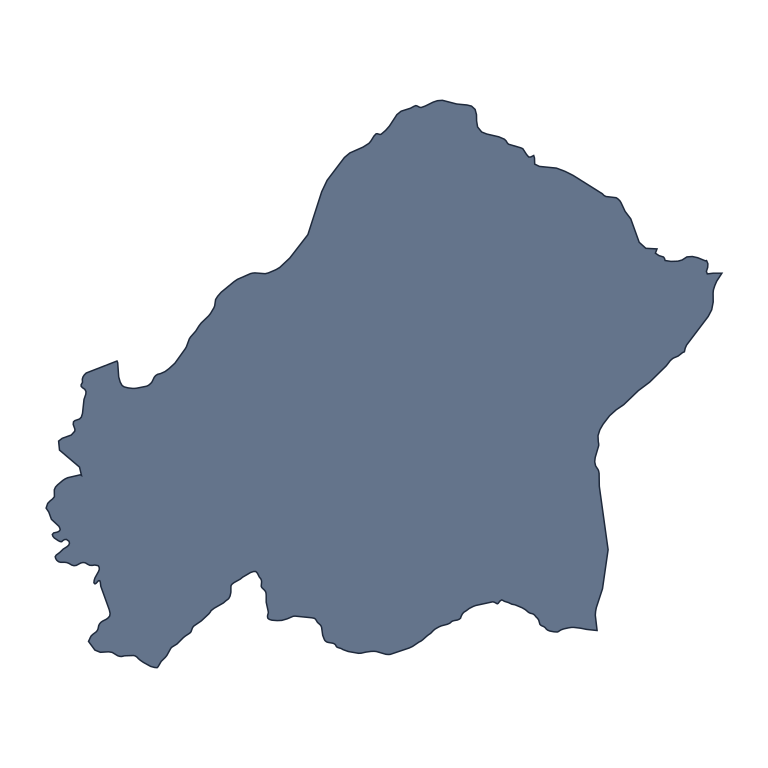 SVG path tracing the border of Plateaux
{"feature_id": "COG-3346", "entity_name": "Plateaux", "entity_type": "Region", "adm_level": 1, "iso_a3": "COG", "parent_name": "Republic of the Congo", "parent_adm1": "", "projection": "mercator", "projection_center": [15.163, -2.009], "detail": "fine", "context": "isolated", "style": "filled", "palette": "slate", "viewbox_px": 768, "rotation_deg": 0, "n_neighbors": 0, "source": "natural_earth", "source_scale": "10m", "svg_char_len": 5812}
<svg xmlns="http://www.w3.org/2000/svg" viewBox="0 0 768 768"><path d="M721.9,273.2L716.7,281.2L714.8,285.6L713.4,290.0L713.1,293.0L713.2,302.0L711.7,309.8L708.2,316.5L687.3,344.1L686.6,345.0L685.2,348.2L684.4,351.8L682.7,352.5L678.1,356.1L674.0,357.8L672.7,358.5L670.3,360.6L666.3,365.8L649.6,382.2L638.4,390.6L623.7,404.7L616.2,409.8L609.6,415.7L603.1,424.2L599.9,429.7L598.0,435.7L598.3,441.8L598.7,443.9L598.7,445.6L595.2,457.5L594.7,461.8L595.6,465.9L598.0,469.5L598.6,470.9L599.1,473.4L599.3,486.2L608.1,549.7L602.5,588.8L596.3,607.7L595.6,611.4L595.3,615.2L597.1,630.5L596.9,630.5L586.6,629.4L580.6,628.2L573.9,627.4L571.6,627.4L568.7,627.8L563.7,628.9L561.2,629.8L559.6,630.7L558.7,631.4L557.9,631.8L557.3,632.0L553.9,631.8L549.7,631.0L547.6,630.1L546.2,629.0L545.4,627.9L544.5,627.1L543.3,626.4L542.0,625.9L540.8,625.2L539.9,624.3L538.7,620.1L538.0,619.0L537.2,618.0L536.2,617.1L534.6,615.1L533.6,614.3L532.3,613.7L530.8,613.4L529.5,612.9L528.3,612.2L525.4,609.7L522.2,607.8L515.0,604.8L511.8,604.2L508.5,602.6L504.3,601.3L502.9,600.4L501.7,599.9L500.0,601.0L498.1,603.4L497.2,603.8L494.5,602.3L492.8,601.8L475.7,605.5L473.3,606.4L469.2,608.5L466.3,610.7L463.9,612.2L462.9,613.3L462.2,614.2L461.0,616.7L460.6,618.1L459.3,619.2L457.5,620.0L454.2,620.6L452.7,621.0L451.7,621.5L450.2,622.9L449.6,623.3L447.3,624.3L441.5,625.8L438.9,626.9L435.2,629.0L433.5,630.4L430.7,633.3L429.7,634.0L428.6,634.7L426.6,636.3L422.7,639.8L420.8,641.2L419.1,642.0L412.6,646.4L409.2,648.0L390.2,654.4L388.3,654.5L385.9,654.3L376.3,651.5L374.0,651.3L371.1,651.4L365.9,652.1L361.1,653.2L358.5,653.3L348.2,651.5L343.0,649.6L342.0,649.0L341.0,648.5L337.8,647.5L336.8,647.0L336.4,646.5L336.1,646.1L335.8,645.4L335.3,644.6L334.3,643.8L332.8,643.2L328.6,642.5L327.0,642.1L325.9,641.4L324.9,640.5L324.3,639.4L322.7,635.3L321.6,627.4L321.1,626.1L320.4,625.0L317.5,622.4L316.1,620.1L315.4,619.1L314.3,618.3L311.9,617.8L295.0,616.1L293.1,616.3L287.3,618.8L281.8,620.4L277.2,620.6L271.9,620.2L269.3,619.4L267.9,618.3L267.5,616.9L267.6,615.4L268.3,612.9L268.3,612.2L268.1,610.9L266.2,602.2L266.2,595.4L266.1,593.8L265.8,592.2L265.2,591.1L264.3,590.0L262.5,588.3L261.7,587.4L261.2,586.2L261.6,581.8L261.4,580.3L260.9,579.0L259.3,577.0L257.5,573.4L256.7,572.4L255.7,571.5L253.6,571.5L250.6,572.5L242.6,577.2L240.3,579.1L233.9,582.7L232.2,584.0L231.1,585.4L230.9,587.0L230.9,591.8L230.8,592.8L230.0,596.2L229.2,597.7L228.9,598.3L228.6,598.7L228.3,599.0L225.6,601.0L223.5,602.9L214.2,608.2L210.9,610.8L210.6,611.6L208.9,613.8L201.3,620.9L194.0,625.9L193.1,626.9L192.6,627.6L192.3,628.3L191.0,631.8L190.4,632.5L189.8,633.1L185.4,636.0L183.4,637.6L177.0,644.0L172.4,646.8L171.6,647.4L170.8,648.3L166.9,655.4L165.3,657.4L161.2,661.4L158.1,666.7L157.1,667.7L154.7,667.5L150.6,666.4L143.4,662.4L140.2,660.2L138.2,658.5L137.4,657.5L136.4,656.7L135.1,655.9L133.6,655.5L124.6,655.8L121.7,656.5L119.9,656.4L117.8,655.8L112.2,652.4L108.6,651.8L100.3,652.3L94.9,650.1L88.5,641.4L89.8,638.7L90.2,637.7L91.2,635.9L92.9,634.3L96.0,632.0L96.9,631.0L97.6,629.9L98.1,628.6L98.7,625.6L99.5,624.0L100.8,622.4L102.6,621.1L106.4,619.2L108.2,617.8L109.7,616.0L110.1,613.5L109.3,609.9L100.8,586.3L100.3,582.1L99.7,580.7L98.5,580.7L96.2,583.2L95.0,583.9L93.9,582.8L94.2,580.2L95.0,577.8L98.5,571.5L99.3,569.4L99.2,567.4L98.2,565.7L94.8,565.0L92.3,565.4L89.8,565.3L87.7,564.3L85.3,562.8L83.0,562.5L80.8,563.0L76.3,565.4L74.0,565.7L71.8,565.1L69.1,563.5L66.9,562.6L64.7,562.3L60.5,562.3L58.5,561.7L56.8,560.3L55.7,558.6L55.2,556.7L56.3,555.0L59.8,552.4L63.2,549.1L67.0,546.7L68.7,545.2L69.5,543.2L69.0,541.3L66.4,539.4L64.4,539.6L62.8,540.6L61.7,541.7L60.2,541.6L58.3,540.7L54.3,538.0L52.9,536.3L52.3,534.5L53.7,532.9L57.3,532.1L58.6,531.5L59.5,530.8L60.2,529.6L59.9,528.4L59.0,526.4L51.4,519.3L48.8,512.1L46.1,508.1L47.7,503.4L50.0,501.0L52.5,499.0L54.4,496.7L54.3,489.8L55.5,487.1L57.6,484.8L62.7,480.5L65.1,478.9L67.7,477.7L80.3,474.8L81.5,475.5L79.5,467.1L59.5,450.1L58.6,441.1L62.2,438.3L71.3,435.0L74.8,431.1L74.9,429.2L73.2,424.4L73.5,421.8L74.9,420.6L79.5,419.0L81.3,417.2L82.5,413.4L84.0,399.4L85.8,394.2L86.0,391.6L84.8,389.3L82.6,387.8L81.2,386.4L81.1,384.8L82.5,382.3L82.3,379.2L83.0,376.9L84.3,374.9L86.2,373.0L117.0,361.0L117.7,362.7L118.7,376.9L120.2,382.1L122.1,385.5L124.2,386.9L128.2,387.9L132.4,388.4L134.6,388.4L136.6,388.2L146.6,386.2L148.5,385.3L150.3,383.8L151.4,382.7L152.1,381.7L154.2,377.3L155.6,375.6L157.6,374.3L160.5,373.6L165.0,371.6L168.9,368.7L174.9,363.2L185.3,348.7L186.4,346.8L189.3,338.9L190.6,336.9L195.8,331.0L198.9,326.0L201.2,323.0L208.6,315.9L210.5,313.5L214.0,307.6L214.7,305.7L215.6,299.5L217.7,296.2L221.2,292.2L234.1,281.6L237.5,279.3L250.5,273.6L252.7,273.1L254.9,272.9L265.2,273.7L268.4,272.9L275.7,269.8L279.8,267.4L289.8,258.0L307.9,234.6L321.7,191.7L327.1,180.3L344.4,157.5L349.9,152.9L363.0,147.1L369.0,143.3L370.9,141.0L374.0,136.0L376.1,133.8L377.2,133.7L380.0,134.5L381.2,134.2L385.6,130.4L389.4,126.1L396.9,114.6L401.1,111.2L410.5,108.2L414.0,106.3L415.8,105.6L417.0,105.9L419.7,107.3L421.2,107.5L425.3,106.0L433.2,102.1L437.4,100.7L442.4,100.3L456.7,104.0L467.1,105.0L471.5,106.1L475.1,109.4L476.5,114.7L476.6,120.9L477.6,127.0L481.7,132.0L486.7,134.0L498.8,136.8L504.4,139.2L506.2,141.0L507.2,142.8L508.5,144.2L520.8,147.8L522.8,148.7L526.5,154.4L528.7,157.0L530.7,157.0L533.7,155.5L534.5,158.0L534.7,164.1L539.4,166.4L556.4,168.1L564.9,171.3L573.1,175.4L602.4,193.8L603.9,195.4L605.9,196.5L616.1,197.7L617.7,198.7L619.8,200.7L621.0,202.6L625.1,211.4L630.8,218.9L639.2,242.3L645.8,248.3L657.0,248.9L655.4,253.2L659.0,255.6L663.5,257.0L664.5,258.4L665.1,260.5L670.9,261.4L677.8,261.2L682.1,260.0L686.9,256.9L692.3,256.5L697.7,257.7L705.5,260.9L706.4,260.5L706.7,260.8L707.9,263.8L707.7,267.4L706.4,271.4L707.3,273.9L713.3,273.2L721.8,273.2L721.9,273.2Z" fill="#64748b" stroke="#1e293b" stroke-width="1.5"/></svg>